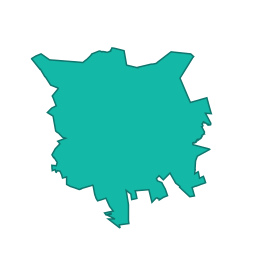 the district of Tula, Tamaulipas, Mexico, rotated 165°
{"feature_id": "50627088B8467253226066", "entity_name": "Tula", "entity_type": "district", "adm_level": 2, "iso_a3": "MEX", "parent_name": "Mexico", "parent_adm1": "Tamaulipas", "projection": "mercator", "projection_center": [-99.933, 22.948], "detail": "fine", "context": "isolated", "style": "filled", "palette": "teal", "viewbox_px": 256, "rotation_deg": 165, "n_neighbors": 0, "source": "geoboundaries", "source_scale": "gbopen_adm2", "svg_char_len": 4067}
<svg xmlns="http://www.w3.org/2000/svg" viewBox="0 0 256 256"><g transform="rotate(165 128 128)"><path d="M191.6,189.5L185.2,184.7L185.2,184.1L186.0,183.5L192.9,178.5L192.5,176.6L191.6,168.0L196.7,166.9L201.9,163.8L197.3,158.9L198.6,143.8L198.3,143.4L197.8,142.5L197.1,141.8L196.6,141.2L196.3,140.9L193.6,136.0L190.9,134.3L199.3,133.4L198.7,132.4L198.5,132.0L198.4,131.6L197.9,130.3L203.6,126.8L208.4,121.8L207.5,118.6L207.0,118.7L205.3,113.1L207.1,110.1L209.3,111.0L210.2,111.3L211.2,111.7L211.9,108.4L211.9,108.1L212.2,106.4L211.4,106.5L209.2,106.7L209.1,105.4L209.2,104.3L208.7,103.8L208.0,104.4L207.4,105.1L204.9,103.9L204.2,100.2L204.2,96.6L200.0,96.6L201.9,89.4L198.8,86.5L195.4,84.3L191.0,81.2L189.9,81.2L188.8,81.3L188.8,81.6L176.9,81.9L176.6,81.5L177.3,72.6L177.0,68.3L176.9,67.9L176.2,65.5L172.5,65.6L167.5,65.9L166.0,56.9L164.4,53.2L163.8,51.6L170.2,51.9L172.6,52.0L171.6,49.6L166.5,50.0L166.5,49.2L170.2,48.9L164.1,43.5L170.6,45.2L163.2,35.5L162.0,33.9L161.5,34.0L161.5,36.7L151.9,35.5L151.5,38.5L147.4,53.8L145.9,68.2L142.3,63.5L143.0,57.9L137.6,57.7L137.3,62.6L137.3,64.0L137.3,65.5L123.8,63.0L124.1,50.0L119.0,53.1L117.6,52.8L117.5,52.1L116.4,51.7L116.5,50.4L111.7,51.9L107.3,52.4L107.8,59.3L109.2,65.1L109.5,66.5L113.3,69.4L113.6,71.9L110.3,73.9L107.3,68.8L99.1,73.6L96.2,62.4L92.9,58.1L93.5,57.4L86.1,45.6L81.4,45.2L81.5,53.9L79.8,54.1L78.2,54.3L77.3,54.2L73.8,54.5L72.5,54.7L68.9,54.9L68.0,55.0L67.2,55.1L67.4,59.2L67.7,61.8L71.9,61.0L71.5,67.1L71.6,67.6L75.4,66.5L75.1,67.5L74.7,68.6L74.6,68.9L74.0,70.0L73.8,70.5L74.0,70.8L73.6,71.8L71.3,78.7L69.4,81.4L68.2,82.9L66.9,83.2L54.6,86.2L54.7,86.5L69.5,95.0L69.6,95.5L69.4,95.8L69.5,96.0L69.4,96.2L69.4,96.3L69.3,96.5L69.3,96.8L69.2,96.9L69.0,97.0L68.9,97.0L68.8,96.9L68.7,96.9L68.5,97.0L68.4,97.0L68.3,96.8L68.2,96.8L68.1,96.7L67.7,96.4L67.6,96.5L67.4,96.6L67.2,96.7L66.9,96.7L66.7,96.5L66.4,96.5L66.3,96.9L66.1,96.8L65.8,96.8L65.7,97.0L65.7,97.3L65.3,97.4L65.5,97.6L65.5,97.8L65.4,97.9L65.4,97.7L65.2,97.8L65.0,98.1L64.9,97.9L64.9,98.0L64.7,98.1L64.3,98.2L64.4,98.4L64.3,98.5L64.3,98.4L64.2,98.4L63.9,98.4L63.7,98.5L63.5,98.4L63.5,98.5L63.4,98.6L63.2,98.5L62.9,98.6L63.0,98.7L62.8,98.8L62.7,98.8L62.7,98.7L62.5,98.8L62.4,98.8L62.4,98.6L62.1,98.9L61.8,98.7L61.6,98.7L61.4,98.8L61.2,98.8L60.9,98.9L60.7,99.0L60.4,99.2L60.2,99.2L60.1,99.3L60.0,99.7L59.9,99.7L59.8,99.8L59.5,99.9L59.5,100.1L59.4,100.2L59.2,100.3L58.8,100.6L58.7,100.7L58.8,100.8L58.6,101.0L58.7,101.4L58.5,101.5L58.0,102.0L57.6,102.1L57.4,102.2L57.1,102.2L56.9,102.2L56.7,102.1L56.4,102.3L56.3,102.6L56.2,102.6L56.3,102.7L56.2,102.8L56.1,103.0L55.6,103.4L55.6,103.5L55.4,103.7L55.4,103.9L55.4,104.0L55.2,104.4L55.2,104.5L56.5,110.1L55.8,110.0L55.3,110.5L55.0,111.2L55.4,112.6L55.4,112.9L54.9,113.1L54.4,113.2L54.3,113.5L54.1,113.8L54.0,114.2L53.8,114.3L53.3,114.4L52.7,113.6L52.3,113.3L52.3,113.1L52.3,112.9L51.9,113.0L51.7,112.9L51.6,112.7L51.4,112.4L51.2,112.3L51.2,112.2L50.9,111.8L50.8,111.7L50.7,111.5L50.7,111.4L50.5,111.2L50.3,111.0L50.4,110.9L50.3,110.6L50.2,110.4L50.0,110.2L49.9,110.4L49.5,110.4L49.4,110.3L49.2,110.3L48.9,110.2L48.9,110.3L48.8,110.2L48.7,110.0L48.7,109.9L48.4,109.8L48.2,109.7L47.3,109.8L46.8,111.2L49.4,122.2L43.8,120.3L43.9,121.8L44.0,129.3L44.0,136.8L61.1,136.5L62.1,142.8L64.9,162.7L47.3,179.2L46.1,180.0L48.2,183.3L66.7,190.4L83.1,183.6L83.6,183.1L86.6,183.2L88.0,183.4L88.7,183.6L89.7,183.7L100.4,184.0L102.4,184.1L102.7,184.1L102.9,183.6L105.4,184.9L113.1,189.1L111.8,203.7L120.6,208.6L122.8,209.5L124.7,207.0L124.9,207.4L125.6,206.7L127.2,206.5L128.1,206.4L128.5,206.5L128.9,206.7L129.3,206.8L129.5,206.8L129.9,207.2L130.1,207.2L130.4,207.3L130.5,207.5L130.9,207.5L131.0,207.6L131.2,207.8L131.5,208.0L131.8,208.1L132.1,208.2L132.4,208.3L132.7,208.4L133.1,208.4L133.5,208.2L133.8,208.5L134.0,208.8L134.5,209.1L134.8,209.4L135.9,209.8L143.8,208.9L145.3,207.6L149.6,205.1L152.1,204.1L154.6,202.9L158.6,204.4L186.1,214.1L192.8,222.1L198.2,221.4L202.8,220.1L203.2,219.8L197.8,207.5L197.4,207.6L195.1,199.4L195.1,199.2L194.6,198.9L191.6,189.5Z" fill="#14b8a6" stroke="#0f766e" stroke-width="1.5"/></g></svg>